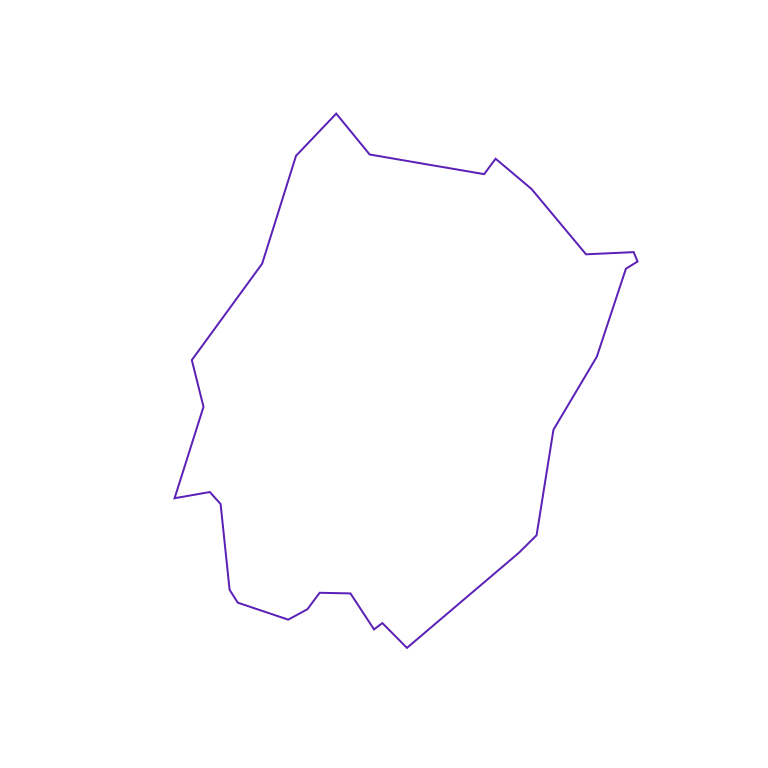 outline of Ayod, Jonglei, South Sudan, rotated 130°
{"feature_id": "79223893B14285446390064", "entity_name": "Ayod", "entity_type": "district", "adm_level": 2, "iso_a3": "SSD", "parent_name": "South Sudan", "parent_adm1": "Jonglei", "projection": "orthographic", "projection_center": [30.968, 8.272], "detail": "fine", "context": "isolated", "style": "outline", "palette": "violet", "viewbox_px": 768, "rotation_deg": 130, "n_neighbors": 0, "source": "geoboundaries", "source_scale": "gbopen_adm2", "svg_char_len": 562}
<svg xmlns="http://www.w3.org/2000/svg" viewBox="0 0 768 768"><g transform="rotate(130 384 384)"><path d="M207.6,594.4L265.7,598.1L370.1,554.7L489.2,546.6L517.5,507.6L606.1,471.0L578.7,448.0L581.0,432.0L640.9,370.0L645.5,355.4L626.1,305.9L605.7,297.9L585.3,299.1L566.0,275.1L578.4,233.9L568.2,231.6L571.4,196.8L426.7,172.2L401.8,169.9L310.1,224.8L226.3,238.5L140.2,272.8L127.2,268.5L122.5,277.5L148.8,306.1L154.8,312.6L139.8,396.2L139.7,443.3L158.9,442.2L188.4,492.7L217.4,542.5L210.2,580.6L207.6,594.4Z" fill="none" stroke="#5b21b6" stroke-width="2"/></g></svg>